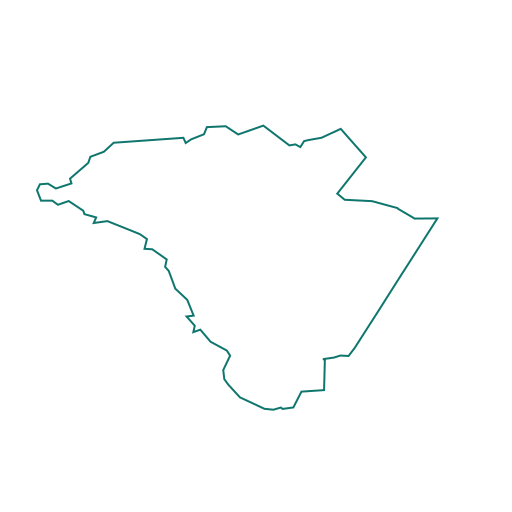 Florence, South Carolina, United States of America, rotated 160°
{"feature_id": "52423323B42496570047924", "entity_name": "Florence", "entity_type": "district", "adm_level": 2, "iso_a3": "USA", "parent_name": "United States of America", "parent_adm1": "South Carolina", "projection": "mercator", "projection_center": [-79.642, 34.04], "detail": "fine", "context": "isolated", "style": "outline", "palette": "teal", "viewbox_px": 512, "rotation_deg": 160, "n_neighbors": 0, "source": "geoboundaries", "source_scale": "gbopen_adm2", "svg_char_len": 1160}
<svg xmlns="http://www.w3.org/2000/svg" viewBox="0 0 512 512"><g transform="rotate(160 256 256)"><path d="M284.5,105.1L283.3,103.2L272.7,100.9L259.7,113.0L237.9,106.7L226.8,134.9L228.3,136.2L217.6,133.9L210.8,133.6L203.2,130.4L194.5,136.0L185.5,142.9L159.9,162.4L148.4,171.3L125.4,189.0L119.2,193.7L72.7,229.3L94.1,236.9L106.4,251.8L106.7,252.7L113.7,257.6L128.1,267.8L153.4,278.5L158.3,286.8L119.0,311.1L132.9,346.5L154.0,344.7L167.0,347.0L171.5,347.5L177.1,343.2L180.8,347.4L186.8,348.5L204.5,376.0L231.2,376.3L240.1,388.3L258.1,393.9L263.2,388.2L277.0,387.8L283.4,386.2L283.8,391.9L351.0,411.1L363.3,406.0L377.7,405.9L381.7,400.9L404.3,392.3L404.6,387.3L421.0,387.9L426.7,395.1L434.5,397.3L439.3,392.7L439.1,381.5L428.5,377.7L424.6,371.9L413.2,371.7L402.8,357.6L402.9,354.0L393.0,346.9L397.2,342.5L383.7,339.6L357.7,316.3L352.7,309.2L358.3,300.9L351.2,297.8L341.1,283.3L345.1,276.9L343.1,271.8L343.0,252.9L335.6,238.3L335.0,221.3L341.9,222.9L337.4,211.4L340.9,205.9L333.5,205.8L328.0,190.9L315.8,177.2L314.4,171.2L325.8,160.0L327.9,151.1L326.0,144.5L319.4,128.6L300.3,109.5L292.2,105.6L284.5,105.1Z" fill="none" stroke="#0f766e" stroke-width="2"/></g></svg>